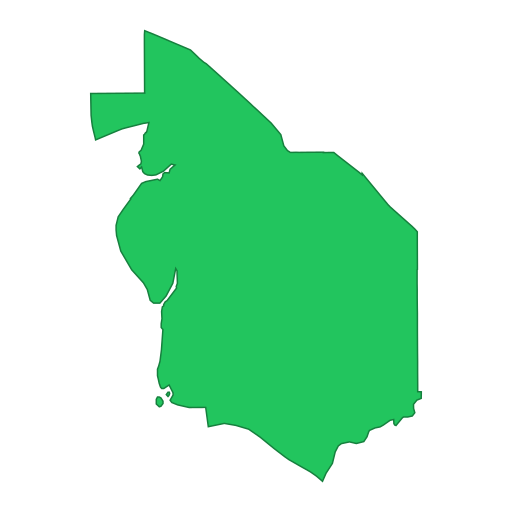 the district of Palmerston, Northern Territory, Australia
{"feature_id": "25037944B38638552543628", "entity_name": "Palmerston", "entity_type": "district", "adm_level": 2, "iso_a3": "AUS", "parent_name": "Australia", "parent_adm1": "Northern Territory", "projection": "robinson", "projection_center": [130.965, -12.493], "detail": "fine", "context": "isolated", "style": "filled", "palette": "green", "viewbox_px": 512, "rotation_deg": 0, "n_neighbors": 0, "source": "geoboundaries", "source_scale": "gbopen_adm2", "svg_char_len": 3310}
<svg xmlns="http://www.w3.org/2000/svg" viewBox="0 0 512 512"><path d="M144.7,30.7L144.4,34.4L144.4,43.9L144.6,90.9L144.7,93.1L90.7,93.5L91.1,115.3L91.8,121.8L92.4,126.2L93.4,130.6L94.8,136.3L95.2,137.9L95.6,139.9L96.8,139.4L118.5,130.3L122.0,128.9L125.6,127.9L137.1,125.0L143.7,123.3L144.8,123.2L148.9,122.5L147.0,130.7L147.0,131.0L146.8,131.2L146.6,131.6L146.5,132.0L146.4,132.5L146.1,132.5L145.6,132.6L145.4,132.9L145.1,133.3L144.6,134.3L143.7,135.0L143.7,144.1L141.1,150.3L139.2,151.9L139.2,152.0L139.0,152.5L138.9,153.1L139.2,153.6L139.6,154.3L139.9,155.2L140.4,156.3L140.7,158.0L141.1,159.7L141.4,161.4L140.9,163.9L140.2,164.4L138.8,165.4L137.4,166.6L139.9,168.9L141.6,167.0L142.8,171.7L144.5,173.6L147.5,175.0L151.7,175.4L155.9,174.9L163.4,171.2L171.3,164.1L175.0,165.0L170.1,169.3L169.1,172.9L164.6,172.6L163.0,174.0L162.6,176.8L160.0,180.6L157.5,179.2L145.8,181.6L141.6,183.4L133.3,195.2L130.4,198.5L130.8,199.0L123.3,209.3L118.2,216.8L116.1,225.3L116.1,230.0L116.6,235.6L116.7,235.9L120.8,251.1L131.7,269.8L143.5,282.9L147.3,289.5L150.2,300.3L153.6,303.1L159.9,303.1L166.1,296.0L172.8,283.3L175.7,268.5L177.0,270.7L177.4,283.3L176.2,286.6L176.6,288.0L167.0,300.7L165.3,301.7L163.7,304.5L163.7,305.9L162.4,306.8L161.6,311.5L161.9,317.4L162.0,318.6L161.2,323.7L161.2,327.5L162.9,329.5L161.5,349.2L161.5,349.4L160.0,361.3L158.7,366.0L157.5,369.2L157.5,375.8L158.3,379.1L159.2,383.3L160.5,387.1L161.7,388.5L163.8,388.5L169.1,385.0L173.0,392.7L173.1,395.0L170.1,400.2L171.8,402.5L177.7,404.9L189.1,407.5L205.7,407.4L208.3,426.7L224.3,423.4L235.9,425.4L248.7,429.2L260.2,437.2L274.3,448.7L285.0,456.9L289.0,459.7L300.9,466.5L310.3,471.8L316.3,476.0L322.5,481.3L326.1,473.1L332.4,463.4L335.2,451.9L338.3,445.9L341.4,443.6L349.5,441.9L356.3,443.5L363.8,441.6L367.0,436.8L368.7,431.8L369.5,430.4L375.1,427.9L380.1,426.9L383.4,425.0L390.1,420.3L393.7,419.5L393.9,423.6L394.7,425.0L396.0,425.5L402.3,417.9L403.5,417.0L407.7,417.0L408.6,416.8L412.3,416.0L414.8,412.7L413.6,408.5L413.5,404.3L416.9,400.1L420.7,398.6L421.2,398.4L421.3,393.9L421.3,391.8L417.7,391.7L417.7,385.9L417.6,371.4L417.6,361.5L417.5,351.0L417.5,350.0L417.4,330.5L417.4,313.2L417.3,307.6L417.2,297.8L417.2,297.0L417.2,289.6L417.1,283.7L417.1,278.6L417.1,269.2L417.4,269.9L417.4,266.4L417.4,265.8L417.3,242.6L417.3,231.8L416.6,231.0L414.5,228.7L414.3,228.5L413.7,228.0L413.0,227.3L412.0,226.3L411.3,225.7L408.8,223.5L393.7,210.1L392.3,208.8L391.6,208.2L390.7,207.4L390.0,206.8L389.5,206.2L388.8,205.5L388.1,204.8L387.5,204.1L386.9,203.3L386.2,202.5L380.4,195.5L362.2,173.4L362.2,174.9L360.8,173.7L359.8,173.0L359.3,172.5L343.5,160.2L337.6,155.6L333.8,152.5L328.6,152.5L323.9,152.6L323.4,152.6L323.5,152.2L307.8,152.3L298.9,152.4L296.0,152.3L292.8,152.4L291.1,152.4L290.3,152.4L289.6,152.0L289.0,151.5L288.5,151.3L288.1,151.0L287.3,150.4L283.8,145.8L280.8,134.6L271.1,123.0L267.5,119.7L261.0,113.6L257.3,110.1L252.5,105.8L251.0,104.3L239.5,93.7L226.8,82.2L216.7,73.1L206.3,63.8L203.7,62.2L199.1,58.3L198.8,58.0L198.5,57.7L197.0,56.2L190.5,50.0L170.8,41.6L156.3,35.4L144.7,30.7ZM159.2,397.0L157.5,397.0L156.3,399.3L156.3,404.0L159.3,406.8L160.9,406.3L163.0,403.5L163.0,401.2L160.9,397.9L159.2,397.0ZM168.0,396.5L168.9,395.5L169.7,393.6L169.3,392.2L168.0,392.2L166.3,394.6L168.0,396.5Z" fill="#22c55e" stroke="#15803d" stroke-width="1.5"/></svg>